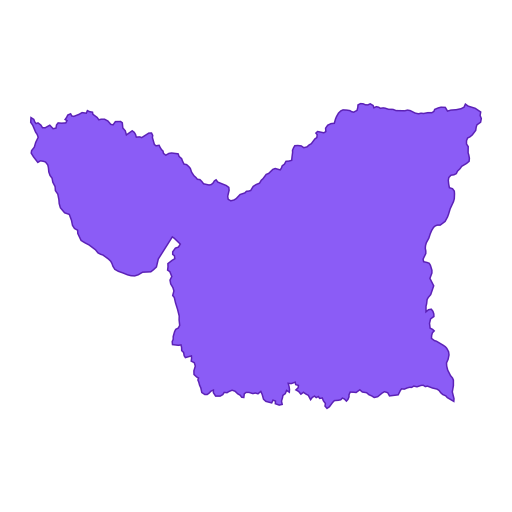 the district of Faina, Goiás, Brazil
{"feature_id": "56859067B6165476818632", "entity_name": "Faina", "entity_type": "district", "adm_level": 2, "iso_a3": "BRA", "parent_name": "Brazil", "parent_adm1": "Goiás", "projection": "mercator", "projection_center": [-50.379, -15.446], "detail": "fine", "context": "isolated", "style": "filled", "palette": "violet", "viewbox_px": 512, "rotation_deg": 0, "n_neighbors": 0, "source": "geoboundaries", "source_scale": "gbopen_adm2", "svg_char_len": 6062}
<svg xmlns="http://www.w3.org/2000/svg" viewBox="0 0 512 512"><path d="M31.0,117.6L30.7,122.3L32.7,125.2L35.6,132.1L37.2,134.5L38.2,137.3L35.7,142.4L34.3,147.2L31.6,150.6L31.2,153.1L33.4,156.7L37.8,162.4L40.5,160.8L43.4,161.3L45.5,162.0L47.8,165.0L48.4,167.7L48.8,171.9L50.0,175.4L52.1,178.3L52.8,182.2L55.1,186.6L55.4,190.6L57.8,194.1L58.9,199.7L59.2,203.6L60.4,207.8L64.6,212.8L69.3,214.4L71.5,220.4L72.5,225.4L74.5,228.5L77.6,230.2L77.8,233.5L81.1,240.5L85.1,242.9L89.0,244.9L95.5,249.8L98.0,252.9L100.7,254.3L102.9,255.0L108.4,259.0L110.7,261.2L112.0,263.6L112.9,266.2L114.8,269.3L118.3,271.3L123.1,273.0L127.5,274.8L131.0,275.7L134.7,275.9L138.2,274.8L142.6,272.2L150.8,271.8L153.4,269.8L156.4,267.0L158.3,259.0L172.3,236.9L174.3,238.3L180.3,244.1L178.4,247.1L175.4,248.1L172.7,251.8L172.7,254.4L174.4,255.7L174.8,258.7L172.3,260.2L167.9,263.6L168.0,266.9L167.6,270.1L169.8,271.6L171.8,276.5L170.0,280.1L170.7,283.9L172.9,287.6L173.9,290.9L172.7,295.5L174.3,297.5L175.5,302.8L177.6,309.5L179.2,316.0L179.1,319.9L179.7,325.4L178.3,328.0L175.7,329.4L174.6,331.6L173.2,336.5L173.2,339.3L172.2,341.6L172.5,344.6L178.5,345.3L181.0,344.9L181.6,347.5L181.7,350.6L183.6,352.5L184.2,355.8L185.4,357.6L191.4,355.9L191.6,358.2L191.2,361.1L194.3,362.7L195.3,366.1L193.9,370.8L194.0,374.5L196.7,377.0L198.5,378.0L197.9,380.0L198.8,382.2L199.6,385.2L200.8,387.9L201.8,392.5L204.8,394.5L207.2,394.5L208.9,393.3L211.0,391.1L213.4,390.1L213.4,392.7L215.6,396.1L220.2,396.1L222.8,394.6L224.2,392.4L227.0,392.7L229.0,391.5L232.1,390.2L235.0,391.2L237.7,393.8L240.3,395.3L241.6,397.2L243.8,397.5L244.3,393.8L246.1,392.4L249.0,392.4L252.9,393.6L255.3,393.0L258.0,393.8L260.8,391.4L262.2,394.5L263.5,399.2L265.9,401.4L271.7,402.9L273.0,400.1L275.5,401.1L275.3,403.7L279.2,405.1L282.2,404.4L281.5,401.1L282.5,397.7L282.9,395.4L285.3,393.6L286.6,390.4L289.3,392.2L289.5,389.4L289.1,386.7L288.2,383.3L291.2,383.6L295.2,382.2L295.7,384.6L298.4,385.4L298.2,387.7L295.9,389.9L298.7,391.5L300.9,394.2L303.4,392.3L306.0,394.1L308.3,395.3L310.6,399.7L312.3,397.4L314.5,396.1L316.2,397.6L318.3,396.5L319.7,398.4L322.3,398.0L323.4,400.8L325.4,403.5L325.0,406.1L327.0,408.4L329.4,406.8L332.5,402.6L334.4,400.6L338.2,400.3L340.7,399.8L342.4,398.1L344.4,399.0L346.4,401.1L347.9,399.5L349.0,396.9L349.0,394.7L350.2,392.1L353.6,392.2L356.1,392.5L359.8,389.8L362.3,392.0L366.6,392.7L368.9,394.7L371.7,395.9L374.2,397.5L377.7,396.7L382.2,393.0L384.5,391.7L387.7,392.7L389.5,395.9L396.1,395.1L398.2,394.8L400.3,390.6L401.5,388.9L404.4,389.1L407.0,388.0L409.5,387.3L411.6,387.4L413.8,386.1L417.0,386.8L421.1,385.4L423.3,385.3L425.3,386.6L427.4,386.1L432.4,388.0L437.0,389.1L439.1,390.5L440.7,392.7L442.7,394.5L445.7,395.8L447.3,397.6L453.8,401.4L454.0,398.7L452.3,391.9L453.4,385.5L453.4,380.1L452.5,378.0L450.5,375.6L447.7,370.1L446.7,366.1L446.5,362.9L448.1,359.3L449.0,354.9L448.6,351.8L446.8,348.4L445.4,346.8L443.3,345.3L436.4,341.2L434.4,340.6L431.5,338.4L431.6,335.6L432.4,332.8L434.2,330.9L432.6,329.4L430.1,328.1L429.5,323.3L430.6,318.9L433.9,316.5L433.8,313.9L432.9,311.3L431.3,309.2L428.5,309.7L426.0,311.8L426.0,306.2L426.6,303.8L427.1,299.5L428.3,297.4L430.7,294.6L433.7,285.8L429.9,278.4L431.9,273.0L431.9,270.2L430.4,265.3L429.2,263.3L427.1,262.5L423.6,261.7L423.1,259.1L425.8,253.5L425.8,251.0L425.3,248.3L425.5,245.7L426.3,242.8L428.8,238.2L430.2,233.9L431.7,230.4L433.6,227.3L435.4,225.8L437.4,225.1L440.2,225.1L445.1,221.4L447.5,217.0L448.5,214.3L450.2,208.7L453.5,201.6L454.3,198.7L454.5,193.9L454.3,191.1L452.5,188.7L449.4,187.7L448.7,184.2L448.3,180.3L448.8,177.5L451.0,175.2L453.9,174.8L456.3,173.6L457.5,171.1L460.0,168.7L461.7,166.3L466.6,163.4L469.1,161.3L469.4,158.3L468.8,155.1L468.1,152.7L468.2,146.6L466.5,144.0L466.5,140.7L467.6,138.0L470.0,136.8L472.3,134.9L475.7,130.4L476.2,127.1L476.9,124.9L480.6,122.2L481.3,118.5L480.1,115.5L480.7,112.0L475.2,108.3L468.1,106.1L465.4,104.1L464.0,107.2L461.1,108.7L456.3,109.7L450.9,110.1L447.5,111.1L445.3,107.4L441.0,107.2L438.3,107.9L434.7,109.4L433.9,111.4L431.9,112.7L427.7,112.7L423.6,113.5L421.0,113.2L418.5,113.8L415.2,113.1L410.2,110.6L407.5,110.1L404.7,110.8L396.0,110.6L393.0,109.4L388.5,109.3L385.2,108.2L383.2,107.9L380.4,108.3L378.6,107.2L376.3,106.7L373.9,107.8L373.1,105.5L370.2,103.8L367.9,104.9L365.4,104.8L363.1,103.8L360.5,103.6L358.0,104.9L357.8,107.5L357.0,110.4L353.6,112.2L351.5,111.6L349.9,110.6L346.7,110.1L343.0,109.9L340.8,110.9L338.5,113.1L336.5,116.6L335.5,119.0L334.3,123.3L331.1,123.6L327.7,125.2L325.6,128.2L325.8,131.6L323.8,132.8L317.6,131.5L315.9,133.1L317.2,134.7L316.8,137.6L314.9,138.9L311.3,143.7L308.9,145.1L307.0,146.9L303.8,147.7L301.2,145.9L297.8,145.5L294.8,145.7L293.6,147.7L292.5,150.3L292.6,152.4L292.0,157.1L291.7,160.3L288.9,161.1L286.0,161.3L284.4,164.2L282.2,165.8L281.4,168.1L280.2,169.9L275.2,168.5L272.8,169.4L268.7,173.4L266.2,174.4L263.0,178.7L261.3,180.2L259.5,183.2L256.2,184.5L253.2,186.4L250.7,190.5L248.7,191.1L246.4,191.3L244.9,192.9L240.1,194.5L236.2,198.6L234.0,200.0L230.8,200.8L228.2,199.3L227.7,196.3L229.1,190.3L228.8,187.4L226.2,185.5L217.8,182.1L216.1,179.8L214.4,180.9L213.1,183.0L211.2,184.6L209.0,185.0L203.6,183.8L201.8,181.5L199.9,179.6L197.4,179.3L195.9,177.5L193.9,175.7L191.6,172.2L190.3,168.4L188.8,166.6L186.6,164.6L184.0,164.1L182.6,161.3L181.6,158.6L179.1,156.5L178.1,153.8L171.6,153.0L168.9,153.4L165.8,155.2L163.5,153.4L163.0,151.1L161.5,149.6L160.1,147.4L159.1,145.3L156.0,145.8L154.4,144.5L152.4,137.6L152.7,135.4L151.5,133.0L148.8,133.1L141.7,137.6L139.8,136.9L136.3,137.1L135.5,134.4L134.2,132.3L132.2,130.8L126.4,134.9L125.3,130.9L122.8,127.9L122.3,122.8L120.6,121.5L115.4,121.6L113.1,124.8L110.8,124.4L107.9,121.0L104.5,119.2L101.2,119.2L98.8,119.8L97.2,117.5L92.9,114.3L92.5,112.2L89.4,111.6L87.4,110.6L86.3,113.2L82.1,112.6L79.1,114.3L73.8,116.4L71.8,116.0L70.6,113.8L67.8,115.0L66.6,117.4L65.1,119.5L67.0,120.6L65.8,122.9L61.5,123.2L58.1,122.9L56.5,125.0L56.0,128.1L53.1,128.7L49.8,125.2L45.1,127.8L42.5,127.7L40.8,125.0L38.0,122.9L36.0,123.6L34.7,121.8L33.8,119.4L31.0,117.6Z" fill="#8b5cf6" stroke="#5b21b6" stroke-width="1.5"/></svg>